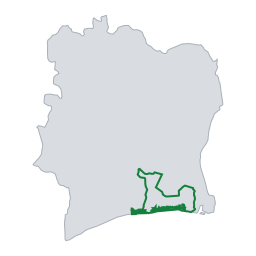 Ivory Coast, with Lagunes highlighted
{"feature_id": "CIV-3458", "entity_name": "Lagunes", "entity_type": "Department", "adm_level": 1, "iso_a3": "CIV", "parent_name": "Ivory Coast", "parent_adm1": "", "projection": "robinson", "projection_center": [-4.434, 5.74], "detail": "fine", "context": "in_parent", "style": "outline", "palette": "green", "viewbox_px": 256, "rotation_deg": 0, "n_neighbors": 0, "source": "natural_earth", "source_scale": "10m", "svg_char_len": 9097}
<svg xmlns="http://www.w3.org/2000/svg" viewBox="0 0 256 256"><path d="M52.4,35.2L53.3,35.2L55.7,34.4L57.9,32.6L59.9,28.9L62.7,25.8L65.8,26.1L66.7,25.5L67.8,25.4L69.0,27.4L70.3,28.9L71.3,28.9L71.9,31.8L77.5,33.0L79.9,33.8L82.0,35.8L82.7,35.9L83.5,35.5L84.2,34.7L84.3,33.9L83.5,32.1L83.8,30.4L84.8,28.9L86.2,28.8L88.4,28.3L90.9,28.3L92.7,28.6L93.5,27.1L92.8,22.9L93.0,20.5L93.3,18.6L94.0,17.8L96.8,20.2L99.3,21.1L101.1,21.2L101.6,20.7L100.9,18.0L101.1,17.2L101.8,16.7L103.0,16.5L106.2,15.4L106.5,15.6L107.1,19.8L106.9,21.2L107.5,24.1L108.4,26.8L108.3,27.9L107.6,29.6L106.8,31.1L106.9,31.7L108.2,32.8L110.6,33.8L113.2,34.1L114.6,32.5L116.1,31.2L117.2,30.1L117.5,28.4L119.1,27.2L123.8,25.6L128.1,25.4L129.1,25.9L131.0,28.2L133.5,29.9L137.2,29.7L139.9,30.6L142.3,32.4L143.8,36.4L145.5,39.3L146.3,43.4L149.0,45.6L151.1,46.6L154.0,49.6L157.0,51.1L160.1,50.7L161.5,52.3L163.8,53.4L166.1,53.5L168.1,50.0L170.8,48.7L177.6,45.9L180.2,44.7L182.9,43.9L189.5,43.6L195.5,44.5L198.5,45.1L200.6,44.7L202.5,46.3L204.5,49.7L206.2,50.8L207.9,52.0L209.1,54.7L210.6,57.4L211.4,58.6L213.2,61.3L214.8,61.3L216.3,60.1L217.0,59.3L217.3,61.0L216.7,63.9L216.8,65.6L217.7,66.3L217.2,68.6L215.4,72.4L215.4,74.7L217.2,75.4L218.5,77.8L219.2,82.0L220.0,83.4L220.1,84.2L221.4,94.2L222.9,104.3L221.9,105.6L220.6,106.0L219.7,106.4L219.4,107.4L220.0,108.8L219.6,110.0L217.9,110.9L214.1,114.1L213.9,115.3L212.9,118.1L212.0,119.7L210.8,122.8L208.9,130.9L208.1,137.7L208.0,139.8L207.3,141.2L206.4,143.3L202.3,149.1L200.3,153.8L200.5,155.9L200.6,157.9L200.0,159.4L200.1,163.4L200.6,166.8L201.4,170.0L204.3,179.3L205.9,185.0L206.9,189.5L207.7,192.6L208.5,193.8L208.8,195.0L213.2,195.8L214.1,196.5L215.3,202.4L215.1,205.1L214.2,206.1L214.2,208.4L214.0,211.2L213.4,212.3L210.9,212.4L209.3,213.5L207.1,213.1L206.9,212.4L205.7,212.1L202.4,210.5L202.9,205.4L201.4,205.2L200.2,205.9L197.9,212.0L196.8,213.1L180.5,209.9L177.0,207.3L172.7,206.8L165.3,207.1L159.2,207.8L157.5,209.4L172.9,208.5L174.5,208.6L175.3,209.6L155.9,211.6L148.4,212.8L146.2,212.5L144.6,210.5L136.5,210.3L134.8,210.9L133.8,212.4L137.0,212.1L142.0,212.0L143.4,213.1L127.7,214.5L116.8,217.3L112.2,219.4L97.0,226.1L87.8,229.3L85.3,230.5L81.1,233.8L75.7,235.9L69.6,239.8L65.9,240.6L65.1,239.4L65.0,232.8L64.5,224.0L64.7,220.7L65.2,217.5L65.2,214.9L67.0,213.9L67.5,212.8L67.8,209.4L69.5,206.2L69.6,200.8L70.1,199.7L70.5,198.2L69.8,194.7L68.8,188.0L68.3,187.5L67.9,187.8L67.0,187.9L63.2,185.6L60.2,185.2L58.2,183.2L58.0,181.0L57.0,179.7L56.3,177.1L55.3,174.1L52.4,172.2L49.7,171.8L47.8,172.2L45.5,172.1L42.9,171.1L41.1,169.9L39.4,167.8L37.8,166.0L36.6,166.2L35.0,165.8L33.5,165.0L33.1,164.4L39.4,157.4L41.5,154.0L41.8,151.9L41.8,149.8L42.5,147.7L42.7,144.4L39.2,132.4L38.3,128.8L37.4,127.7L36.8,127.3L38.5,125.7L41.0,126.1L44.7,127.3L45.5,126.1L48.4,120.1L48.3,117.9L48.0,116.3L49.7,112.2L51.0,110.6L51.7,108.9L51.4,106.5L50.5,105.7L49.2,105.8L47.6,105.2L45.2,103.9L44.0,102.7L44.4,97.2L44.6,95.5L45.5,94.6L46.8,94.3L50.5,94.1L53.5,94.8L56.1,95.1L57.5,95.1L58.6,96.7L60.1,98.4L61.4,98.4L61.9,97.2L61.6,91.8L60.7,88.9L58.7,86.2L53.5,83.8L53.4,80.6L54.0,77.0L55.1,75.7L58.9,73.4L58.3,72.2L57.0,70.9L54.6,69.6L55.2,65.4L55.3,61.6L53.2,62.0L51.1,62.2L49.3,61.1L47.8,58.8L47.5,52.5L47.6,45.1L47.3,41.9L47.9,40.2L49.7,38.6L51.7,36.5L52.4,35.2ZM205.0,213.2L204.1,214.6L200.0,213.7L201.0,212.5L205.0,213.2Z" fill="#d9dde1" stroke="#a8b0b8" stroke-width="1"/><path d="M190.9,212.1L188.0,211.4L186.5,211.4L185.5,211.1L185.3,211.0L185.2,210.9L185.2,210.5L185.3,210.3L185.2,210.0L184.9,209.7L185.2,209.3L184.8,209.6L184.6,210.0L184.4,210.5L184.3,211.0L184.1,211.0L183.7,210.7L183.1,210.7L181.9,210.7L181.4,210.6L180.0,209.7L177.9,209.4L176.9,209.1L176.4,208.3L177.0,208.5L177.7,208.4L178.2,208.1L178.6,207.6L179.0,208.2L179.2,208.5L179.5,208.6L179.8,208.3L179.8,208.0L179.6,207.8L179.6,207.6L180.0,207.7L181.1,208.2L181.3,208.2L181.6,208.1L182.4,208.4L183.5,209.1L183.4,208.8L183.4,208.5L183.3,208.3L183.8,208.3L184.6,208.4L184.9,208.3L185.3,207.7L185.1,207.4L184.7,207.2L184.5,206.7L184.2,205.6L184.1,205.0L184.0,204.8L183.7,204.6L183.4,204.5L183.1,204.7L182.9,204.5L182.6,204.4L182.3,204.5L182.2,204.8L182.3,205.0L182.9,205.5L183.7,206.7L184.2,207.3L184.7,207.6L184.5,208.0L184.0,208.0L183.5,207.8L183.1,208.1L182.8,208.1L182.4,207.5L182.1,207.4L181.8,207.4L181.3,207.3L181.0,207.2L180.6,207.0L180.3,206.6L180.3,206.2L180.1,206.3L179.9,206.5L179.7,206.3L179.6,206.1L179.6,205.8L179.6,205.4L179.4,205.4L179.4,205.9L179.2,206.3L178.9,206.5L178.6,206.4L178.3,206.6L178.0,206.6L177.6,206.6L177.3,206.4L176.5,206.5L176.2,206.6L176.5,206.9L177.0,207.1L177.5,207.0L177.9,206.8L178.3,207.3L177.9,207.7L177.4,208.1L176.8,208.2L176.3,207.9L175.9,207.7L175.2,207.3L174.6,207.1L174.3,207.2L174.0,207.5L173.5,207.4L172.6,206.8L172.2,207.0L171.8,207.2L171.5,207.3L171.1,207.1L170.9,207.3L170.7,207.3L170.5,207.1L170.2,206.8L169.4,207.5L169.0,207.7L168.5,207.6L168.6,207.4L168.7,207.0L168.7,206.8L167.9,206.7L167.6,206.7L167.2,207.1L167.0,206.9L166.7,206.7L166.3,207.3L165.8,207.7L165.5,208.1L165.3,207.8L164.9,207.5L164.5,207.2L164.2,207.1L163.9,207.3L163.6,207.6L163.3,207.8L162.9,207.3L163.0,207.3L163.1,207.2L162.0,207.2L161.6,207.4L161.5,208.1L161.8,207.9L162.0,207.9L162.2,208.2L162.3,208.6L161.7,208.4L159.5,208.3L159.4,208.0L159.3,207.7L158.9,207.1L158.7,207.4L158.7,207.7L158.8,207.9L159.1,208.1L159.1,208.3L158.5,208.4L158.1,208.6L157.4,209.3L156.8,208.9L156.2,208.9L155.6,209.2L155.3,209.5L155.1,209.5L154.8,209.4L154.6,209.2L154.3,209.0L154.2,208.8L154.6,208.6L154.9,208.7L155.2,208.8L155.7,208.8L155.6,208.5L155.5,208.2L155.3,208.1L155.1,208.1L155.1,207.8L155.4,207.6L155.6,207.4L155.7,207.1L155.7,206.6L155.1,207.4L154.6,207.9L153.9,208.0L153.1,208.1L154.0,208.8L153.3,209.4L152.2,210.0L151.4,210.5L151.2,211.0L151.3,211.3L151.5,211.5L152.1,211.7L152.6,211.7L153.2,211.6L153.5,211.4L153.3,211.0L153.3,210.7L154.1,210.5L154.5,210.2L154.6,210.4L154.8,210.6L155.1,210.7L155.4,210.6L156.1,210.3L156.5,210.2L157.5,210.2L157.8,210.3L158.0,210.5L158.7,210.8L159.0,210.7L159.8,210.5L159.4,210.5L159.1,210.5L158.8,210.3L158.7,210.0L158.9,209.8L159.9,209.5L159.9,210.0L160.2,210.0L160.9,209.6L162.7,209.8L163.6,209.3L163.8,209.8L164.0,209.6L164.3,209.1L164.5,208.8L165.0,208.8L165.5,209.1L165.9,209.2L166.4,208.8L166.9,209.1L167.6,208.9L168.2,208.7L169.5,208.4L170.3,207.9L170.7,207.8L174.6,207.7L175.6,208.1L175.3,208.2L175.0,208.3L174.6,208.3L174.3,208.3L176.6,209.5L166.9,210.4L157.1,211.3L152.0,212.6L149.2,212.9L148.6,213.2L148.3,213.0L147.9,212.9L146.3,212.9L145.9,212.9L145.9,212.7L146.0,212.7L146.3,212.7L146.3,212.4L145.4,212.5L145.2,212.0L145.2,211.4L145.0,210.7L145.4,210.2L145.0,210.1L143.3,210.3L142.7,210.5L142.2,210.8L141.8,211.2L141.3,210.7L140.4,210.2L139.3,210.0L138.4,210.2L138.1,209.9L138.3,209.7L140.2,209.5L140.7,209.5L141.0,209.5L141.4,209.9L141.8,210.1L142.0,210.1L142.3,209.9L142.6,209.5L143.7,206.8L143.7,206.6L143.7,206.4L143.6,205.5L143.7,205.3L143.7,205.0L143.8,204.7L145.8,199.3L146.1,198.0L146.2,197.5L146.2,197.1L146.1,196.3L146.0,196.1L145.7,195.5L145.5,195.2L145.5,194.9L145.5,194.6L147.2,189.6L145.7,186.3L145.3,183.5L145.2,179.2L145.1,178.4L144.7,178.1L144.3,177.9L141.1,177.5L139.8,176.9L137.7,174.6L138.6,171.8L138.7,170.8L138.6,170.6L138.6,169.4L139.1,169.0L139.3,168.9L139.5,168.9L139.7,169.0L144.5,173.5L145.1,173.8L146.1,174.0L147.0,174.0L147.3,174.0L149.2,173.3L149.4,173.3L149.9,173.4L150.4,173.5L150.5,173.5L150.8,173.6L151.0,173.7L151.3,173.8L152.2,173.8L153.1,173.8L153.9,173.4L154.6,172.4L162.0,174.4L155.9,187.4L162.1,191.9L162.8,193.7L162.7,194.2L163.0,194.6L163.5,195.0L165.0,196.0L165.9,196.4L166.9,196.5L178.6,195.7L178.9,195.4L179.0,195.1L179.0,194.9L178.8,190.9L179.5,189.9L179.9,189.6L180.2,189.6L180.5,189.4L180.9,189.0L182.2,187.5L184.5,185.8L184.8,185.7L185.0,185.6L193.1,188.1L193.1,188.3L193.1,189.2L193.4,189.6L193.7,189.8L194.1,190.1L194.6,190.8L194.7,191.1L194.7,191.3L194.6,191.6L194.2,192.0L194.1,192.3L194.0,195.1L194.0,195.4L194.1,195.6L194.3,195.7L194.4,195.8L194.5,195.9L194.6,196.1L194.6,196.4L194.8,198.0L194.9,198.4L195.0,198.6L195.0,198.9L194.9,199.2L194.6,200.2L194.1,201.6L194.0,202.0L193.9,202.9L194.2,205.4L193.9,206.9L193.9,207.2L193.9,207.4L194.0,207.5L194.1,207.8L194.2,208.0L194.8,208.5L195.0,208.8L195.1,209.1L195.1,209.3L194.3,210.1L190.9,212.1L190.9,212.1ZM135.2,211.0L135.4,210.8L135.6,210.8L136.0,210.7L136.0,211.0L135.8,211.3L135.1,211.7L134.8,211.9L134.8,211.2L134.3,212.7L134.1,213.2L133.0,211.4L132.8,211.4L132.8,211.6L132.8,211.9L132.4,211.7L132.9,212.7L134.1,213.3L135.7,213.5L136.9,213.2L136.4,212.7L135.9,212.7L135.3,212.8L134.8,212.7L134.8,212.4L135.1,212.5L135.3,212.4L135.6,212.3L135.8,212.2L136.0,212.0L136.4,211.6L136.5,211.4L136.9,211.6L137.5,211.9L138.0,212.0L138.4,211.7L138.8,212.0L139.2,212.0L139.5,211.9L139.7,211.4L139.1,211.5L138.8,211.3L138.6,210.9L138.2,210.7L138.6,210.7L139.6,210.6L141.5,211.8L142.3,211.6L142.8,211.2L143.2,211.1L144.3,211.2L144.4,211.5L144.6,212.1L144.8,212.8L145.2,213.2L137.3,213.4L136.1,214.0L131.9,214.2L131.5,209.5L131.7,208.5L132.1,208.6L132.4,208.7L132.7,208.9L134.3,210.5L134.7,210.7L135.1,210.9L135.2,211.0Z" fill="none" stroke="#15803d" stroke-width="2"/></svg>